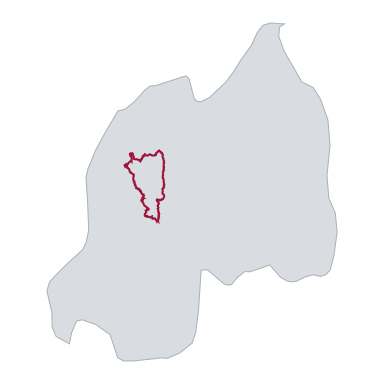 location of Ngororero, Western, Rwanda
{"feature_id": "39286606B38913138871456", "entity_name": "Ngororero", "entity_type": "district", "adm_level": 2, "iso_a3": "RWA", "parent_name": "Rwanda", "parent_adm1": "Western", "projection": "equal_earth", "projection_center": [29.551, -1.904], "detail": "fine", "context": "in_parent", "style": "outline", "palette": "rose", "viewbox_px": 384, "rotation_deg": 0, "n_neighbors": 0, "source": "geoboundaries", "source_scale": "gbopen_adm2", "svg_char_len": 6975}
<svg xmlns="http://www.w3.org/2000/svg" viewBox="0 0 384 384"><path d="M150.3,85.9L155.0,85.8L186.0,75.8L189.1,78.9L194.1,98.3L196.7,101.1L201.1,101.8L209.7,97.4L225.7,82.2L232.7,73.0L240.9,60.0L251.3,45.4L257.2,32.7L262.9,25.3L270.4,23.0L278.7,23.6L284.4,23.9L279.7,26.9L278.7,36.2L284.1,51.1L301.9,82.0L313.3,87.7L320.7,99.6L327.9,119.9L330.0,145.1L327.0,175.5L328.8,198.1L335.3,213.0L337.1,232.2L333.9,255.8L330.2,270.0L325.7,274.7L320.6,276.4L313.8,274.8L305.4,276.8L296.3,281.3L290.6,281.9L287.1,281.0L280.4,277.2L269.8,265.0L250.0,271.8L244.7,271.6L237.4,277.4L231.5,284.6L227.9,285.1L224.3,284.1L207.3,269.7L201.1,270.2L198.5,310.6L195.6,333.1L192.1,343.1L180.0,352.8L167.7,358.3L161.0,357.9L134.0,360.9L123.5,361.0L117.7,357.7L110.1,334.7L95.8,324.5L82.1,319.8L76.5,321.1L71.5,333.1L69.5,343.9L56.2,336.5L52.2,327.4L51.8,312.0L46.9,290.9L49.6,281.9L54.9,276.1L65.9,265.0L82.7,249.6L86.3,242.2L88.7,230.0L87.6,201.5L86.0,177.4L88.0,168.8L95.6,150.2L105.9,131.2L117.9,111.0L125.2,109.1L134.6,101.5L144.7,90.2L150.3,85.9Z" fill="#d9dde1" stroke="#a8b0b8" stroke-width="1"/><path d="M162.1,153.1L161.3,153.1L161.2,153.0L161.1,152.2L160.7,151.6L160.1,151.5L159.9,151.3L159.4,151.1L159.2,150.6L158.5,151.0L158.5,151.3L158.2,151.2L158.0,151.5L157.7,151.5L157.4,151.8L157.4,152.2L157.0,152.6L156.1,153.1L156.0,153.4L156.2,153.7L156.2,154.1L156.0,154.3L155.9,154.6L155.9,154.8L155.5,154.8L155.2,154.7L154.8,155.5L154.3,155.3L153.6,155.5L153.1,155.4L152.7,155.6L152.0,155.4L151.8,155.4L151.4,155.0L150.8,154.9L150.4,154.4L150.0,154.3L149.4,154.4L149.1,154.8L148.6,154.9L148.2,155.4L147.0,155.7L146.7,155.5L146.0,155.5L145.0,154.2L144.9,154.3L144.7,154.3L144.5,154.8L144.0,155.0L143.9,155.4L143.9,155.9L143.6,156.1L143.6,156.3L143.3,156.3L143.2,156.5L143.1,156.2L142.7,156.2L142.6,157.3L142.3,157.5L142.4,157.9L142.0,158.5L141.9,159.1L141.5,159.5L141.4,159.4L141.2,160.0L141.0,160.3L140.9,160.7L140.5,161.0L140.3,161.3L139.7,160.3L139.7,159.9L138.8,160.0L138.5,160.2L137.5,159.3L137.2,159.4L136.7,159.2L135.6,159.3L135.3,159.2L135.0,159.3L134.2,159.1L133.9,158.8L133.9,157.9L133.8,157.2L133.8,156.6L133.3,156.0L133.0,155.4L132.4,155.5L132.5,154.9L133.0,154.1L133.0,153.9L132.3,153.2L131.5,153.5L130.7,153.2L129.9,153.8L129.9,154.1L130.1,154.2L129.9,154.3L129.9,154.8L130.3,155.7L130.5,156.0L130.9,156.0L131.3,156.6L131.2,157.0L131.3,157.2L131.5,157.9L131.8,158.3L131.8,159.1L131.5,159.7L131.4,160.1L131.6,160.6L131.6,161.4L131.3,161.0L130.8,161.1L130.6,161.0L130.4,161.2L130.1,161.7L129.6,161.8L128.4,163.1L128.3,163.5L127.9,163.9L127.5,164.7L127.2,164.7L126.9,164.2L126.8,164.3L126.4,164.1L126.3,164.5L126.1,164.6L125.9,164.4L125.6,164.5L125.3,164.8L124.7,165.0L124.6,165.3L125.0,165.5L125.0,165.8L125.4,165.6L125.5,165.7L125.4,166.1L125.6,166.1L125.6,166.3L125.7,166.2L126.1,166.3L126.2,166.2L126.4,165.9L126.6,166.1L126.8,166.0L127.0,166.3L126.9,166.5L127.1,166.9L127.0,167.1L127.1,167.4L127.1,167.5L127.2,167.8L127.4,167.8L127.5,168.1L128.1,168.0L128.5,168.6L129.1,168.9L129.4,170.3L129.6,170.5L129.6,171.0L129.7,171.6L130.2,171.8L130.1,172.1L130.5,172.8L131.0,172.9L131.4,173.2L131.6,173.1L132.6,174.2L133.4,174.2L133.9,174.7L133.7,175.4L133.8,176.4L133.5,176.7L133.4,177.1L133.1,177.5L133.4,178.6L133.3,179.2L133.2,179.5L133.2,179.8L133.5,180.2L133.7,180.3L133.7,180.5L133.7,181.3L133.9,181.3L134.3,181.8L134.5,181.7L134.6,182.0L134.7,182.3L134.7,182.6L134.4,182.7L134.4,183.4L135.0,184.2L135.3,184.7L135.1,184.9L135.3,185.0L135.2,185.5L135.4,185.6L135.5,186.1L135.8,186.2L136.0,186.7L136.2,186.9L136.1,187.4L136.2,187.8L136.5,188.1L136.3,188.3L136.5,188.4L136.9,188.0L137.0,188.2L137.4,188.4L137.8,188.8L137.9,188.6L138.1,188.6L138.1,188.9L138.3,188.9L138.6,189.6L139.0,189.7L139.4,189.4L139.5,189.9L139.8,190.3L140.1,190.1L140.4,190.4L140.2,191.0L140.5,191.0L140.4,191.4L140.7,191.5L140.9,191.6L140.9,191.9L141.1,191.9L141.4,192.3L141.3,193.1L141.7,193.4L142.1,194.2L142.7,194.5L142.9,195.0L143.1,194.8L143.2,195.0L143.4,194.9L143.4,195.2L144.0,195.6L143.7,196.3L143.3,196.5L143.1,197.1L143.3,197.4L143.1,197.7L143.4,197.9L143.2,197.9L143.3,198.2L143.2,198.3L143.4,198.4L143.2,198.6L143.3,198.7L143.1,198.9L142.9,198.8L143.1,199.2L142.7,199.4L142.7,199.8L142.5,199.6L142.1,199.9L142.0,199.6L141.9,199.8L141.7,199.7L141.4,199.8L141.4,200.5L141.7,200.7L141.7,201.2L142.1,201.2L142.7,202.4L143.7,203.9L143.9,204.7L144.4,205.6L145.0,205.9L145.2,206.2L146.1,206.6L146.8,207.8L147.0,208.0L147.4,207.9L147.5,208.1L147.8,208.1L148.2,208.3L148.5,208.6L148.5,208.9L148.7,209.1L148.7,209.3L148.3,209.7L148.0,209.7L147.9,209.8L147.6,209.5L147.2,209.7L147.1,209.8L146.8,209.7L146.4,209.9L146.4,209.7L146.1,210.5L145.7,210.6L146.3,212.2L145.8,212.7L145.0,213.7L145.1,214.0L144.8,214.4L144.7,215.2L144.8,215.4L144.8,215.6L144.9,215.9L145.1,216.0L145.7,215.9L146.3,216.6L146.9,215.9L147.1,215.9L147.3,216.5L147.5,216.8L148.5,216.7L149.2,217.2L150.0,217.2L150.4,217.5L150.8,217.3L151.3,216.6L151.9,216.4L151.8,216.9L151.9,217.2L152.1,217.2L152.3,217.6L152.5,218.8L153.7,218.4L154.2,218.4L154.6,218.7L155.1,218.5L155.4,219.3L155.8,219.7L156.2,220.4L156.5,220.7L157.0,220.6L157.1,221.1L157.2,220.9L157.4,221.0L157.6,220.6L157.9,220.9L157.7,220.2L157.8,219.9L158.0,219.7L158.3,219.9L158.5,219.1L158.3,219.0L158.2,218.4L158.4,217.9L158.8,217.8L159.0,217.4L158.5,217.2L158.6,216.9L158.4,216.8L158.4,216.5L158.5,216.2L158.5,215.9L158.7,216.0L158.9,215.8L158.7,215.0L159.0,214.7L158.9,214.5L159.2,214.3L159.3,214.0L159.1,213.6L158.8,213.3L158.9,212.7L158.6,212.7L158.5,212.0L158.1,211.8L158.1,211.4L158.3,210.9L158.1,210.1L158.3,209.7L158.1,209.1L157.7,208.7L158.0,208.3L158.1,208.0L158.4,208.0L158.5,207.7L158.1,207.4L157.9,206.3L157.7,205.9L157.9,205.8L158.0,205.3L158.1,204.6L158.3,204.3L158.6,204.3L158.9,203.8L158.9,203.5L158.7,203.2L158.6,202.5L158.2,202.1L157.8,202.0L157.6,201.7L157.4,201.5L156.8,200.5L156.8,199.8L157.1,199.4L157.3,199.3L157.7,199.5L158.0,199.5L159.2,200.2L159.5,200.0L159.9,200.4L160.1,200.3L160.3,200.1L160.7,200.1L161.0,199.7L161.5,199.9L161.6,199.4L162.1,199.4L162.3,199.1L163.1,199.0L163.5,197.8L164.0,197.1L164.2,196.6L164.1,195.3L163.8,194.5L163.2,194.2L162.9,194.2L162.6,193.7L162.4,192.5L162.8,191.7L162.5,190.7L162.8,189.8L162.5,189.5L162.4,188.9L163.1,188.0L163.4,187.8L163.8,187.8L164.1,187.1L163.7,186.6L163.8,186.2L163.7,185.4L164.2,185.3L164.4,184.4L164.1,183.9L163.8,182.4L163.5,182.0L163.8,181.2L163.8,180.4L163.3,179.2L163.4,178.5L163.3,178.4L163.0,178.3L163.0,177.8L162.7,177.6L162.9,177.0L162.8,176.0L163.1,175.4L162.8,174.8L162.9,174.1L163.1,173.7L163.1,173.1L163.2,172.7L162.9,171.7L163.2,171.5L163.4,170.9L163.6,170.7L163.7,170.3L164.0,170.1L163.8,169.1L163.5,169.1L163.6,167.5L164.0,167.5L164.1,166.6L163.5,165.7L163.7,164.4L163.6,163.6L163.7,163.4L164.0,163.5L164.1,163.2L164.0,162.4L164.2,162.0L164.1,161.8L163.8,161.8L163.9,160.6L163.8,160.4L163.6,160.3L163.2,159.0L163.4,158.5L163.1,158.4L162.9,157.9L162.7,157.1L162.5,156.7L162.7,155.8L162.6,155.2L162.9,154.5L162.2,153.9L162.1,153.1Z" fill="none" stroke="#9f1239" stroke-width="2"/></svg>